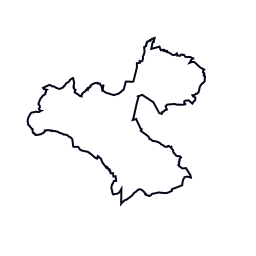 Tepanco de López, Puebla, Mexico (orthographic projection), rotated 249°
{"feature_id": "50627088B19100619520269", "entity_name": "Tepanco de López", "entity_type": "district", "adm_level": 2, "iso_a3": "MEX", "parent_name": "Mexico", "parent_adm1": "Puebla", "projection": "orthographic", "projection_center": [-97.537, 18.553], "detail": "fine", "context": "isolated", "style": "outline", "palette": "ink", "viewbox_px": 256, "rotation_deg": 249, "n_neighbors": 0, "source": "geoboundaries", "source_scale": "gbopen_adm2", "svg_char_len": 5798}
<svg xmlns="http://www.w3.org/2000/svg" viewBox="0 0 256 256"><g transform="rotate(249 128 128)"><path d="M194.6,63.4L192.8,65.9L192.5,64.9L190.9,64.3L190.3,63.3L189.3,63.0L188.9,61.6L188.7,60.1L187.2,57.7L186.9,57.0L185.2,55.2L184.1,54.5L182.6,53.0L182.0,52.9L180.9,53.4L180.3,53.5L179.5,53.4L179.0,53.2L178.3,52.2L177.6,51.6L176.4,52.0L175.5,52.6L175.3,52.9L175.3,52.0L175.0,51.7L174.9,50.6L175.3,49.3L175.9,48.6L176.1,48.1L176.9,43.5L176.4,42.2L174.2,39.5L172.1,37.7L169.8,36.5L168.8,36.5L166.9,36.0L166.3,36.2L165.6,36.8L164.2,37.0L163.3,37.4L163.0,37.6L161.8,37.7L161.5,38.4L160.8,38.6L160.0,38.1L159.2,37.8L158.9,37.6L157.3,37.7L156.4,38.4L156.4,38.9L156.2,39.0L155.8,38.8L155.1,38.8L154.4,39.6L154.2,40.6L153.8,41.7L153.7,43.3L153.4,44.1L153.7,45.9L153.6,46.9L153.9,47.2L154.1,48.5L155.0,49.2L155.4,49.4L154.9,50.0L155.2,51.0L154.7,52.2L154.7,52.6L154.0,53.5L154.0,54.0L153.5,55.0L152.9,55.1L152.3,55.7L152.6,56.7L151.8,57.6L151.3,58.4L151.2,59.0L150.6,59.6L150.3,60.3L149.8,60.9L147.7,62.7L146.2,64.8L144.9,65.6L144.8,66.2L143.5,68.3L142.4,69.2L141.4,69.6L140.7,70.1L140.3,70.7L139.5,71.2L137.7,71.9L137.0,71.9L130.4,70.2L129.5,71.2L128.6,74.2L127.6,75.0L125.3,75.3L125.1,75.4L125.0,75.7L123.8,76.4L122.7,78.1L122.3,78.4L122.0,79.1L120.6,81.3L119.3,82.7L118.1,83.1L117.8,83.6L117.1,83.9L115.6,84.9L112.4,86.4L112.1,86.8L110.6,87.9L110.4,88.3L110.6,88.6L111.8,89.2L112.3,89.5L112.6,89.8L108.8,91.8L106.7,91.7L104.4,91.9L99.2,93.4L99.5,94.3L99.1,94.5L98.4,93.6L98.2,93.6L97.4,95.0L96.9,94.9L96.7,95.3L96.2,95.2L96.1,95.8L94.6,95.4L94.4,96.1L92.5,95.6L91.8,95.7L91.3,97.8L87.9,97.0L87.4,99.1L82.8,98.0L83.6,95.9L81.0,93.2L81.0,92.9L79.4,91.7L77.7,90.9L74.9,90.7L72.6,90.2L71.4,90.3L71.2,90.6L71.1,91.9L70.6,94.1L70.5,94.8L70.7,95.8L71.4,97.4L73.5,100.0L59.8,94.5L60.3,95.3L61.8,99.2L61.6,100.3L61.7,101.5L62.2,102.9L63.1,106.5L63.9,108.3L65.2,110.3L65.8,113.2L66.4,114.3L66.8,115.7L66.7,116.7L66.5,117.3L65.3,118.6L63.3,119.8L61.3,120.4L60.4,120.4L60.2,120.9L59.5,120.5L56.8,123.6L56.9,124.7L57.9,127.0L57.1,131.1L57.1,131.8L56.6,134.2L55.9,135.3L53.5,140.3L53.3,144.2L53.7,145.3L53.5,145.9L53.6,146.5L55.1,147.0L55.1,158.0L58.3,159.8L59.8,160.9L61.5,162.7L61.7,163.2L61.8,163.7L61.5,165.5L60.4,167.5L59.7,168.3L59.4,168.5L59.1,169.0L59.7,169.1L60.8,168.9L61.5,169.4L69.8,167.7L70.5,164.8L71.4,163.8L74.6,161.8L75.5,161.7L75.9,162.9L77.0,163.1L77.5,163.0L78.0,163.2L78.4,163.5L78.5,163.9L78.7,164.3L79.6,164.9L80.1,164.8L80.5,165.1L80.9,165.6L81.4,166.9L81.5,167.0L82.7,166.5L83.0,166.2L84.3,163.7L84.8,163.1L85.4,162.8L86.5,162.6L87.8,162.2L88.0,161.9L89.2,161.7L91.6,162.1L93.3,161.2L93.9,161.5L94.4,161.3L94.9,161.8L95.0,161.8L95.0,160.8L95.2,160.5L95.5,160.2L96.7,159.7L96.8,158.8L96.4,157.6L97.4,155.8L99.1,154.7L99.3,154.4L100.1,153.9L100.8,153.1L102.2,152.6L103.9,151.2L105.6,149.2L106.6,147.2L107.0,146.5L107.5,146.1L108.6,145.6L109.5,144.9L110.1,144.0L111.2,144.3L112.7,144.0L114.3,143.1L120.8,138.9L121.9,140.3L122.5,139.6L133.0,138.8L133.4,138.9L133.8,135.3L135.6,136.9L148.5,145.4L153.3,149.0L154.0,148.4L154.1,148.5L153.9,148.8L153.9,153.1L143.0,160.9L130.8,162.5L129.1,164.6L130.5,165.5L130.4,165.7L130.7,166.2L130.6,166.6L130.6,167.6L131.4,168.6L131.3,170.9L134.8,170.9L135.8,172.9L133.8,180.0L133.1,180.8L132.2,182.1L131.9,183.1L130.3,186.8L129.6,189.9L129.8,190.1L131.5,189.6L132.7,190.1L132.9,190.8L132.9,191.6L132.0,194.6L127.7,196.8L128.9,198.4L129.9,200.7L131.1,201.2L132.0,201.7L132.4,201.8L133.7,200.5L134.7,200.0L135.5,199.9L135.2,201.0L135.1,202.1L135.2,202.9L135.6,203.6L135.2,204.8L135.8,205.7L136.0,206.6L137.7,207.9L139.9,209.2L141.7,210.9L142.9,213.1L143.6,215.6L144.2,216.2L145.1,216.8L147.0,217.5L147.9,218.1L148.3,218.3L148.6,218.0L148.9,218.0L149.5,217.6L149.9,217.6L150.1,217.8L149.9,218.3L150.0,218.4L150.5,218.3L151.2,218.6L151.4,218.4L151.5,218.7L152.1,218.8L152.5,218.4L152.9,218.3L153.2,218.1L153.5,218.4L154.4,218.5L154.7,218.7L155.3,220.0L158.6,217.1L159.9,216.6L161.1,215.8L164.2,214.5L165.5,213.6L166.0,213.1L166.4,212.3L166.8,210.6L166.8,208.9L167.9,210.4L169.4,212.1L169.5,212.5L169.4,214.7L169.9,213.3L171.6,212.0L172.3,210.9L172.8,209.2L173.7,207.4L174.3,206.9L175.8,206.6L176.1,206.6L176.5,205.3L177.1,205.2L177.5,203.7L176.7,202.5L176.8,202.2L177.8,200.8L178.0,199.9L179.0,200.2L180.1,200.3L179.4,198.3L179.8,196.5L180.7,195.5L183.4,193.6L185.0,191.6L185.8,192.0L186.1,190.6L186.8,190.7L187.0,189.4L187.7,189.6L187.7,188.9L188.4,189.0L188.8,186.5L192.7,186.5L192.9,183.8L193.5,178.1L199.3,181.8L199.0,182.7L202.5,185.1L202.7,182.3L201.9,181.8L202.3,180.1L201.4,179.6L201.8,177.9L201.5,177.5L201.7,176.8L201.0,176.2L200.9,175.9L200.2,175.4L199.5,174.9L199.4,175.2L198.1,174.3L198.2,173.8L197.5,172.6L197.7,172.1L193.1,170.7L190.7,169.0L189.5,167.5L187.3,166.8L185.4,165.3L185.5,163.7L186.3,162.9L184.6,162.3L185.3,159.5L181.3,158.0L169.5,149.7L169.7,148.2L171.2,145.0L172.1,142.6L165.5,137.8L164.8,135.7L165.0,135.8L164.6,135.3L163.4,131.6L163.8,126.5L169.1,119.8L170.8,118.8L171.7,117.8L172.2,117.9L175.6,119.7L177.3,120.8L174.3,117.9L175.8,118.2L177.4,118.0L178.9,117.6L179.6,117.6L180.2,115.8L180.8,116.1L181.2,115.5L181.8,112.9L181.7,112.1L181.7,111.3L181.1,108.4L180.4,107.7L180.1,107.8L179.7,107.1L180.1,107.0L179.6,105.6L178.3,104.4L179.4,104.2L178.4,102.8L178.3,102.1L178.0,102.1L177.4,100.8L177.4,100.0L176.9,98.5L176.4,97.6L175.7,97.2L175.0,95.8L174.3,95.8L175.1,94.6L178.0,92.9L178.4,92.4L180.5,91.0L181.3,91.6L181.9,92.3L182.5,92.7L182.7,92.4L182.7,92.0L183.3,92.0L184.4,91.6L185.3,92.1L185.7,92.3L186.0,91.9L189.4,93.9L195.0,94.8L194.2,94.2L194.1,92.2L193.7,91.2L192.6,89.8L191.9,87.2L192.0,86.5L190.4,84.2L190.3,83.7L189.8,83.5L189.8,82.7L189.1,81.9L189.1,80.4L189.0,80.0L189.0,78.4L189.5,77.3L191.0,75.6L193.6,73.5L193.9,72.3L195.5,71.1L196.4,70.0L195.9,63.0L194.6,63.4Z" fill="none" stroke="#020617" stroke-width="2"/></g></svg>